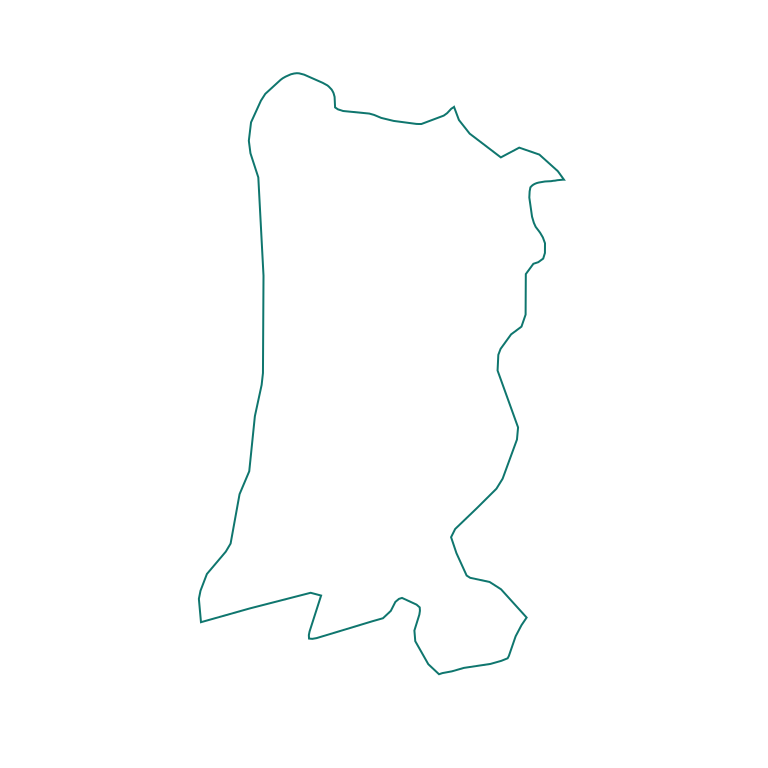 map outline of Zacapa (Mercator projection), rotated 289°
{"feature_id": "GTM-1963", "entity_name": "Zacapa", "entity_type": "Department", "adm_level": 1, "iso_a3": "GTM", "parent_name": "Guatemala", "parent_adm1": "", "projection": "mercator", "projection_center": [-89.448, 15.041], "detail": "fine", "context": "isolated", "style": "outline", "palette": "teal", "viewbox_px": 768, "rotation_deg": 289, "n_neighbors": 0, "source": "natural_earth", "source_scale": "10m", "svg_char_len": 1725}
<svg xmlns="http://www.w3.org/2000/svg" viewBox="0 0 768 768"><g transform="rotate(289 384 384)"><path d="M668.8,360.0L658.0,368.9L648.6,383.5L636.3,420.7L651.5,434.9L651.5,456.2L641.8,479.1L635.8,487.6L635.6,487.0L633.1,481.5L632.0,479.6L631.2,477.8L630.2,476.0L627.9,470.3L624.9,464.8L623.7,463.0L622.5,461.6L621.1,460.3L619.6,459.3L617.6,458.4L613.5,459.0L607.6,460.7L590.4,469.5L585.2,473.2L582.0,476.2L577.9,482.3L574.3,486.5L569.5,490.4L560.3,493.5L554.4,493.7L549.4,490.2L546.3,486.1L534.1,482.3L495.7,495.3L483.0,495.3L472.3,488.0L455.2,482.8L448.8,482.6L433.7,487.0L386.6,524.9L374.8,527.8L333.1,527.0L321.6,524.4L296.6,512.1L270.1,498.5L261.0,497.3L247.6,507.6L229.8,524.5L228.8,528.6L231.2,548.3L228.0,561.5L209.6,594.9L200.7,592.5L188.3,590.6L167.5,590.6L164.9,590.2L160.4,585.0L154.0,575.8L141.6,552.0L134.4,541.7L129.7,533.4L127.5,530.5L133.5,517.1L151.0,497.3L160.8,493.0L177.5,492.5L181.3,491.8L184.4,490.5L186.0,486.6L187.6,470.7L185.7,468.1L181.7,465.7L171.7,464.3L162.2,459.3L156.0,450.4L121.8,403.0L119.7,399.2L118.9,396.0L122.1,394.7L125.8,394.2L163.5,393.4L162.7,382.6L128.0,330.0L99.2,288.5L120.6,278.9L128.8,277.8L146.7,278.4L174.0,289.0L183.2,290.9L232.8,283.3L257.6,285.0L311.5,272.4L343.3,268.6L354.9,266.0L447.2,234.8L538.4,197.9L558.7,182.6L570.0,177.0L588.1,173.1L611.9,175.4L619.7,177.3L637.9,187.2L640.1,188.7L642.6,190.9L646.5,195.1L648.3,197.9L649.5,200.4L650.1,202.6L650.5,207.8L648.8,228.0L647.9,233.3L647.2,235.1L645.3,238.7L643.9,240.3L642.6,241.6L639.4,243.8L629.6,247.7L628.7,251.0L628.8,256.4L634.9,282.0L635.2,287.0L634.7,294.8L635.9,307.5L640.5,330.2L642.0,334.7L657.2,353.1L660.6,355.5L666.2,358.0L668.3,359.7L668.8,360.0Z" fill="none" stroke="#0f766e" stroke-width="2"/></g></svg>